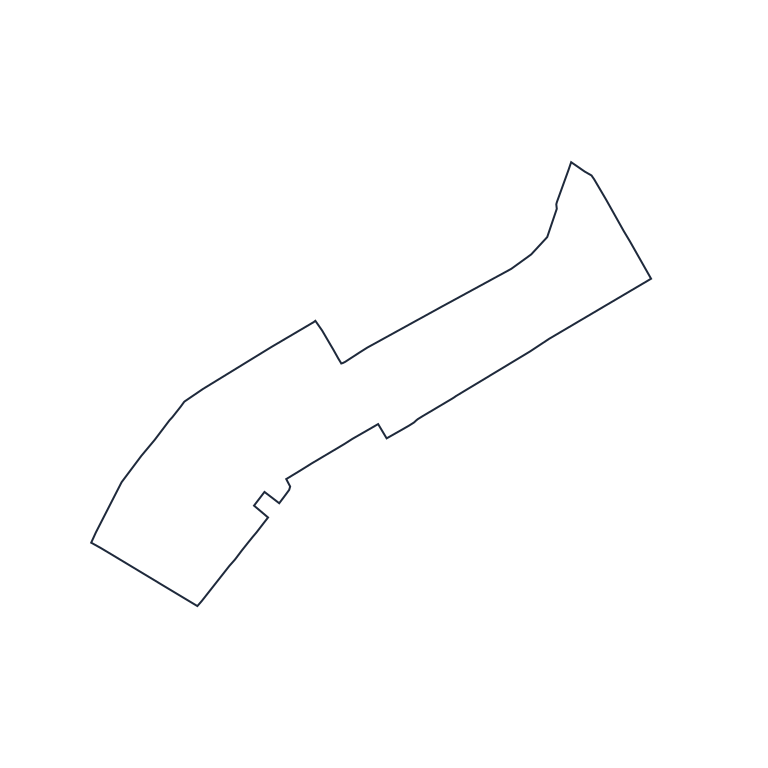 outline of Al-Arab, Bur Sa`id, Egypt, rotated 206°
{"feature_id": "37247803B56705679670206", "entity_name": "Al-Arab", "entity_type": "district", "adm_level": 2, "iso_a3": "EGY", "parent_name": "Egypt", "parent_adm1": "Bur Sa`id", "projection": "albers", "projection_center": [32.296, 31.262], "detail": "fine", "context": "isolated", "style": "outline", "palette": "slate", "viewbox_px": 768, "rotation_deg": 206, "n_neighbors": 0, "source": "geoboundaries", "source_scale": "gbopen_adm2", "svg_char_len": 1210}
<svg xmlns="http://www.w3.org/2000/svg" viewBox="0 0 768 768"><g transform="rotate(206 384 384)"><path d="M577.6,113.0L566.3,112.4L536.3,109.8L529.6,109.2L497.0,106.3L454.4,102.6L452.7,108.9L443.2,152.9L441.0,160.8L438.8,172.1L436.6,182.0L435.0,189.0L433.5,194.9L431.1,206.6L429.7,213.2L447.5,217.7L444.1,234.6L425.9,230.9L423.8,241.8L422.8,247.3L423.1,249.0L423.4,250.7L430.2,255.7L420.5,270.8L414.2,280.9L393.5,312.4L388.3,320.9L371.7,345.4L357.8,336.3L343.3,357.5L340.2,362.5L339.4,364.5L339.3,364.9L338.3,367.1L334.9,372.5L316.4,400.6L315.1,402.7L313.9,404.9L267.0,477.3L255.4,497.0L190.1,595.7L225.5,620.0L235.5,626.5L265.1,647.0L285.0,660.2L287.0,661.3L288.9,662.4L296.6,662.9L313.0,665.4L312.0,657.3L308.4,623.7L308.2,622.4L307.9,621.0L305.5,617.2L301.7,587.6L308.5,565.0L320.1,543.3L366.1,478.7L414.9,409.5L420.1,401.1L426.1,391.1L428.6,386.9L430.2,384.8L431.4,383.7L432.4,384.4L436.3,386.9L444.8,392.8L449.5,395.9L463.0,404.9L473.4,410.7L473.8,409.9L474.2,409.0L501.3,368.1L544.6,300.1L552.6,286.1L555.4,281.2L555.6,280.8L555.8,280.3L556.8,274.6L559.7,261.3L560.3,259.3L560.9,257.3L565.6,233.3L570.6,213.1L576.8,180.7L577.9,124.3L577.6,113.0Z" fill="none" stroke="#1e293b" stroke-width="2"/></g></svg>